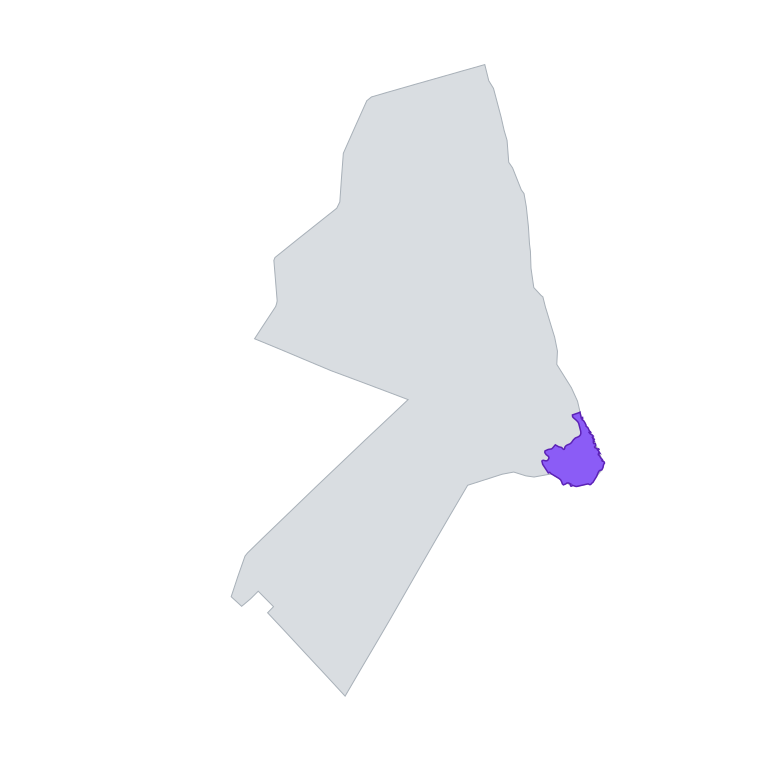 where Irbid sits in Jordan, rotated 154°
{"feature_id": "JOR-854", "entity_name": "Irbid", "entity_type": "Province", "adm_level": 1, "iso_a3": "JOR", "parent_name": "Jordan", "parent_adm1": "", "projection": "orthographic", "projection_center": [35.72, 32.466], "detail": "fine", "context": "in_parent", "style": "filled", "palette": "violet", "viewbox_px": 768, "rotation_deg": 154, "n_neighbors": 0, "source": "natural_earth", "source_scale": "10m", "svg_char_len": 3281}
<svg xmlns="http://www.w3.org/2000/svg" viewBox="0 0 768 768"><g transform="rotate(154 384 384)"><path d="M244.2,204.7L255.5,207.4L262.1,213.2L272.9,229.8L289.9,234.6L296.7,239.2L306.0,248.0L317.3,251.1L353.2,256.3L381.5,237.5L405.4,221.5L432.4,203.3L450.8,190.8L482.0,169.6L502.4,156.0L529.3,138.2L555.8,120.5L564.0,147.9L572.2,174.7L580.6,202.5L588.9,229.4L580.9,232.3L587.9,252.9L598.2,249.4L609.4,246.6L614.6,259.8L599.6,275.2L584.3,290.3L580.7,292.0L560.5,298.7L519.0,312.1L491.2,321.1L455.5,332.4L425.9,341.8L396.5,350.9L369.2,359.4L385.0,376.2L409.3,401.9L425.6,419.0L444.9,441.0L462.1,460.7L480.5,481.4L468.0,488.9L447.4,501.1L445.3,503.3L443.6,505.5L435.3,526.7L428.8,543.4L426.5,545.5L397.4,552.1L368.0,558.6L349.4,562.7L343.9,567.0L331.9,587.8L319.4,609.2L298.5,626.8L275.2,646.2L269.4,647.5L252.5,644.6L223.6,639.5L195.7,634.5L176.6,631.1L153.4,626.9L156.9,610.6L156.0,601.7L161.7,572.8L164.9,559.1L166.6,549.0L174.7,528.6L173.7,521.9L175.5,498.3L174.7,493.7L178.4,480.9L185.2,462.2L191.8,446.2L194.3,438.9L201.1,423.7L207.1,405.0L204.0,394.7L203.0,392.7L205.5,380.9L205.4,380.9L208.5,361.6L210.1,351.3L213.7,337.5L220.1,325.9L217.2,298.5L217.6,283.7L221.5,266.8L219.4,247.1L221.3,219.1L221.7,216.5L224.0,213.1L225.7,211.3L238.7,205.5L244.2,204.7Z" fill="#d9dde1" stroke="#a8b0b8" stroke-width="1"/><path d="M221.8,227.3L222.0,227.2L222.4,226.5L221.8,225.0L221.5,221.8L220.9,220.6L220.9,219.7L221.6,219.7L221.6,218.9L220.8,218.4L220.3,217.5L220.4,216.5L220.6,216.1L221.4,215.7L222.3,214.9L223.9,212.8L225.8,211.4L228.3,211.7L230.0,210.8L233.5,207.7L239.3,204.0L241.1,203.6L241.8,203.2L242.4,203.1L242.9,203.2L243.4,203.5L244.3,204.8L255.7,207.4L256.7,208.0L258.5,209.8L259.0,210.0L260.4,210.0L260.8,210.2L260.9,211.1L260.8,211.9L260.4,212.4L260.1,212.3L261.0,213.5L261.9,214.4L263.0,214.8L264.6,214.5L267.0,214.7L267.5,216.1L267.2,218.2L267.3,220.6L268.3,222.7L273.0,229.9L273.6,231.3L273.7,231.9L274.0,232.0L275.3,232.0L276.6,242.2L275.9,245.5L275.2,245.8L274.2,245.6L272.3,244.0L271.1,243.6L269.8,243.9L268.3,245.1L267.9,246.1L268.1,247.2L268.6,248.2L269.2,249.4L269.5,251.3L269.4,252.2L268.6,253.3L265.1,253.2L261.8,252.2L260.4,252.6L256.7,254.2L254.5,251.0L252.4,249.3L251.9,248.3L251.4,246.6L250.7,246.3L249.9,246.8L249.2,247.9L247.9,248.6L246.2,248.9L243.1,248.7L241.4,249.1L238.2,250.8L235.7,251.6L233.0,251.4L231.2,251.5L229.7,252.2L228.6,253.5L227.9,255.4L226.3,263.2L226.4,265.1L227.1,267.2L228.5,270.5L228.8,271.6L228.7,272.4L228.2,273.6L220.9,272.7L220.2,272.8L221.6,266.9L220.2,266.9L220.4,266.2L220.7,265.7L221.1,265.4L221.6,265.1L220.7,263.6L220.4,261.2L220.4,258.9L220.9,257.4L219.9,255.5L220.0,251.8L219.4,250.6L219.4,249.7L220.2,249.7L220.2,250.6L220.9,250.6L220.7,249.4L220.4,248.5L219.9,247.7L219.4,247.2L219.2,246.8L218.7,245.4L219.7,245.2L220.2,244.8L220.1,244.3L219.4,243.7L219.4,242.9L220.2,242.9L220.1,242.3L219.9,242.2L219.7,242.3L219.4,242.0L220.9,241.1L220.2,240.3L221.0,239.9L221.6,239.5L221.6,238.6L221.2,238.5L220.9,238.3L220.6,238.1L220.2,237.8L220.4,236.9L220.8,236.1L221.5,235.4L222.4,235.1L222.4,234.4L221.4,233.3L221.2,232.8L220.5,231.7L220.0,231.7L219.5,231.7L219.5,230.9L220.9,230.9L220.6,230.1L220.3,227.5L220.9,228.3L221.4,227.0L221.6,226.5L221.8,227.0L221.8,227.3Z" fill="#8b5cf6" stroke="#5b21b6" stroke-width="1.5"/></g></svg>